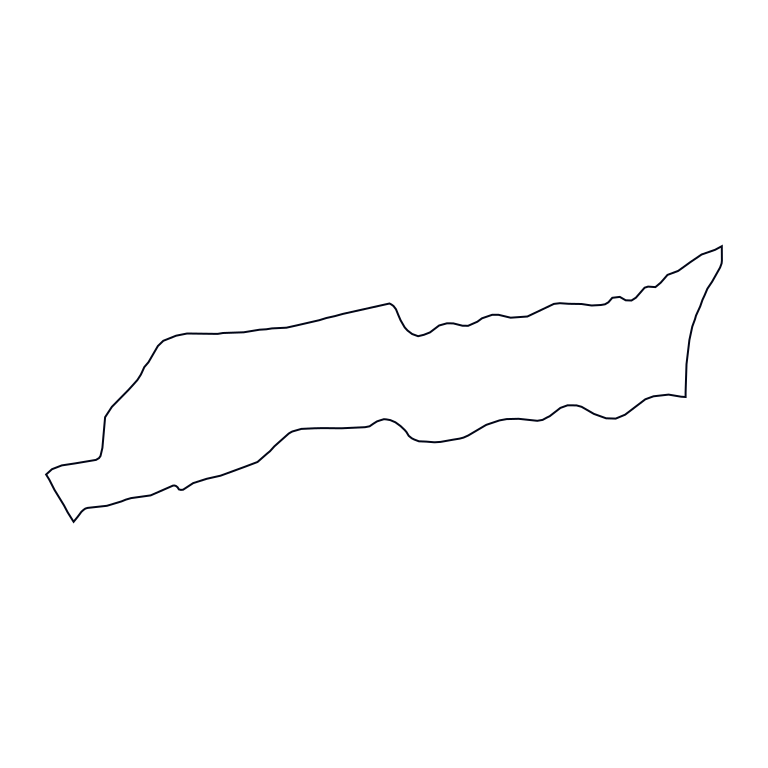 San Juan Cotzal, Quiché, Guatemala (Mercator projection)
{"feature_id": "79465075B84889349679373", "entity_name": "San Juan Cotzal", "entity_type": "district", "adm_level": 2, "iso_a3": "GTM", "parent_name": "Guatemala", "parent_adm1": "Quiché", "projection": "mercator", "projection_center": [-91.017, 15.425], "detail": "fine", "context": "isolated", "style": "outline", "palette": "ink", "viewbox_px": 768, "rotation_deg": 0, "n_neighbors": 0, "source": "geoboundaries", "source_scale": "gbopen_adm2", "svg_char_len": 2245}
<svg xmlns="http://www.w3.org/2000/svg" viewBox="0 0 768 768"><path d="M73.6,521.8L77.6,516.9L81.4,511.8L83.5,509.9L85.3,508.6L87.6,507.9L106.9,505.8L121.5,501.4L125.9,499.6L131.1,498.1L150.6,495.4L173.0,485.6L174.5,485.5L176.0,486.0L177.6,487.3L178.9,489.4L180.9,489.9L183.1,489.7L193.2,483.1L206.7,478.8L220.5,475.7L244.8,466.8L257.5,462.0L267.2,453.5L269.9,451.3L274.4,446.3L288.8,433.5L290.8,432.3L292.3,431.5L301.4,428.9L314.2,428.3L322.8,428.1L341.1,428.3L365.0,427.2L369.6,426.3L373.5,423.6L377.0,421.4L380.0,420.4L383.9,419.2L386.4,419.4L390.3,420.1L395.4,422.3L400.6,426.1L404.8,430.1L406.5,432.1L408.7,435.8L411.8,438.3L414.2,439.5L418.9,441.3L426.1,441.6L434.5,442.3L440.6,441.9L453.0,439.7L459.7,438.6L463.5,437.6L468.2,435.5L485.3,425.4L486.4,424.8L499.5,420.4L506.6,419.1L518.6,418.8L537.3,420.8L542.6,419.9L547.0,417.5L549.7,416.2L560.4,407.9L567.6,405.3L576.5,405.4L581.6,406.8L593.9,413.9L606.1,418.3L615.7,418.6L625.1,414.7L645.3,399.3L653.5,396.3L668.6,394.6L681.1,396.7L685.6,397.0L685.6,392.5L685.7,388.8L686.5,364.2L689.4,340.0L692.3,326.5L695.0,319.2L696.0,315.6L700.2,306.4L702.5,299.8L704.6,295.3L707.4,288.7L712.1,281.7L720.1,267.5L721.6,263.4L721.9,260.7L721.8,246.2L715.1,249.8L701.6,254.5L690.4,262.1L678.2,270.9L667.5,274.9L660.7,282.7L655.4,287.1L648.1,286.6L644.6,287.7L635.9,297.7L631.5,300.5L625.7,300.3L619.8,296.9L612.3,297.8L608.4,302.3L605.0,304.3L600.9,305.0L591.6,305.5L581.5,304.0L568.8,303.8L559.9,303.2L553.9,303.9L527.4,316.5L510.6,317.7L498.5,314.8L492.2,314.8L482.0,318.3L477.4,321.7L468.1,325.8L462.4,325.7L453.3,323.4L447.0,323.3L439.1,325.5L430.0,332.4L423.9,334.8L418.1,336.2L412.1,334.0L407.5,330.5L404.7,327.4L400.6,320.3L398.3,315.0L396.0,309.3L393.5,306.0L391.4,304.5L389.5,303.5L342.9,313.9L334.9,316.1L326.4,318.0L319.3,320.2L296.3,325.5L286.4,327.7L272.0,328.4L266.2,329.3L259.6,329.7L243.7,332.3L223.0,333.0L217.6,333.9L187.1,333.5L176.1,335.7L163.3,340.8L157.9,346.0L148.5,362.2L144.3,367.1L141.9,372.4L140.8,374.7L137.4,380.0L133.4,384.5L128.5,389.9L111.9,406.8L105.1,417.2L102.4,447.9L100.5,456.0L99.0,458.1L96.0,459.9L75.1,463.4L70.4,464.1L61.8,465.4L52.0,469.2L46.1,474.5L49.2,479.5L54.5,489.9L64.0,505.4L67.7,512.4L73.6,521.8Z" fill="none" stroke="#020617" stroke-width="2"/></svg>